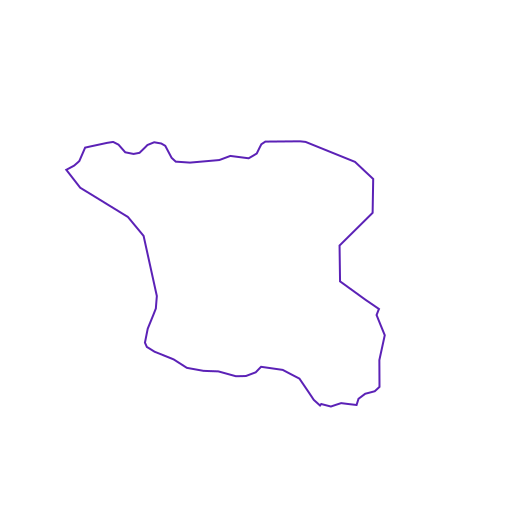 Bandundu, Bandundu, Democratic Republic of the Congo, rotated 330°
{"feature_id": "63176286B76945459106625", "entity_name": "Bandundu", "entity_type": "district", "adm_level": 2, "iso_a3": "COD", "parent_name": "Democratic Republic of the Congo", "parent_adm1": "Bandundu", "projection": "natural_earth1", "projection_center": [17.431, -3.316], "detail": "fine", "context": "isolated", "style": "outline", "palette": "violet", "viewbox_px": 512, "rotation_deg": 330, "n_neighbors": 0, "source": "geoboundaries", "source_scale": "gbopen_adm2", "svg_char_len": 1355}
<svg xmlns="http://www.w3.org/2000/svg" viewBox="0 0 512 512"><g transform="rotate(330 256 256)"><path d="M388.8,224.0L356.0,182.0L351.5,178.7L321.3,161.6L316.5,161.9L312.8,164.3L307.9,167.6L304.1,167.7L298.5,167.7L283.8,156.5L273.6,154.8L272.1,154.5L269.5,153.3L245.5,142.1L235.7,135.5L233.7,134.2L232.0,128.8L232.5,115.2L230.2,111.2L224.7,106.6L217.5,105.6L213.9,106.6L206.7,108.4L201.0,106.4L198.7,104.4L194.6,100.8L192.6,90.8L189.4,85.9L189.1,85.7L183.7,83.6L167.3,78.3L162.2,76.7L159.4,78.8L150.5,85.4L148.4,85.9L143.7,86.8L134.8,86.5L137.9,109.0L141.5,115.6L153.0,136.8L164.6,158.2L168.7,182.4L150.1,241.1L149.0,242.7L147.4,245.0L143.0,251.4L138.0,255.4L125.9,264.8L116.5,275.5L116.0,280.2L117.4,282.7L120.3,288.2L133.0,304.4L136.0,310.2L140.2,318.3L153.1,329.2L158.0,332.3L165.7,337.1L178.4,350.0L180.7,351.3L184.1,353.2L187.3,354.9L191.6,355.6L197.6,356.6L203.5,354.9L205.0,354.5L206.4,355.6L222.2,368.0L226.8,375.3L232.3,383.9L233.5,400.1L234.1,409.5L236.7,417.5L238.5,416.8L240.9,419.2L245.6,423.8L251.1,424.9L256.2,426.0L261.6,430.1L268.6,435.3L273.4,430.9L281.7,429.9L284.9,430.8L291.2,432.5L294.0,431.9L297.5,431.1L310.8,407.8L327.9,389.0L329.2,379.5L329.3,378.7L330.9,367.4L335.0,364.1L336.0,363.4L329.0,348.8L316.1,320.0L333.6,288.7L378.6,276.9L396.0,247.9L392.3,235.7L388.8,224.0Z" fill="none" stroke="#5b21b6" stroke-width="2"/></g></svg>